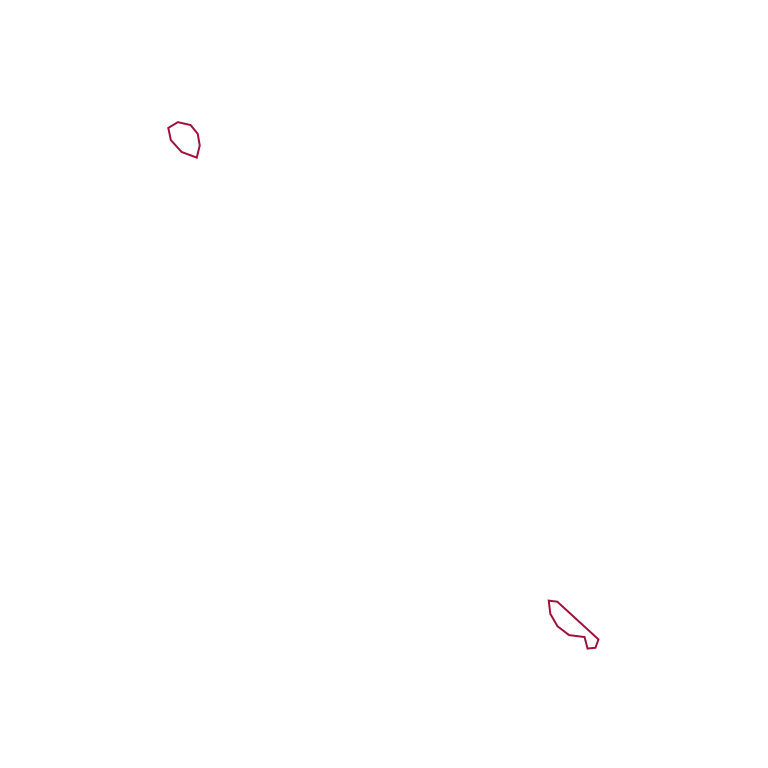 map outline of San Andrés y Providencia (orthographic projection), rotated 299°
{"feature_id": "COL-1342", "entity_name": "San Andrés y Providencia", "entity_type": "Department", "adm_level": 1, "iso_a3": "COL", "parent_name": "Colombia", "parent_adm1": "", "projection": "orthographic", "projection_center": [-81.079, 13.04], "detail": "fine", "context": "isolated", "style": "outline", "palette": "rose", "viewbox_px": 768, "rotation_deg": 299, "n_neighbors": 0, "source": "natural_earth", "source_scale": "10m", "svg_char_len": 389}
<svg xmlns="http://www.w3.org/2000/svg" viewBox="0 0 768 768"><g transform="rotate(299 384 384)"><path d="M259.9,682.1L254.1,667.6L256.2,653.2L263.6,640.9L274.4,633.1L277.6,641.1L264.6,695.4L255.8,696.8L251.3,690.3L259.9,682.1ZM491.2,110.5L488.8,94.5L494.0,79.3L503.4,71.2L513.1,76.8L516.7,89.3L512.5,99.8L503.3,107.2L491.2,110.5Z" fill="none" stroke="#9f1239" stroke-width="2"/></g></svg>